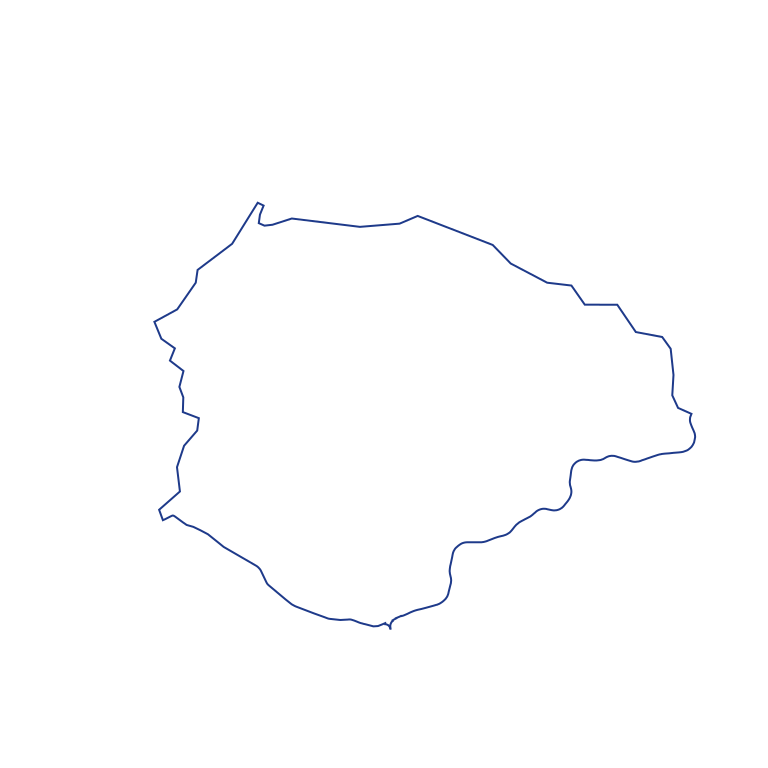 Cerro Chato, Treinta y Tres, Uruguay, rotated 237°
{"feature_id": "84410073B20203965418101", "entity_name": "Cerro Chato", "entity_type": "district", "adm_level": 2, "iso_a3": "URY", "parent_name": "Uruguay", "parent_adm1": "Treinta y Tres", "projection": "natural_earth1", "projection_center": [-55.112, -33.151], "detail": "fine", "context": "isolated", "style": "outline", "palette": "blue", "viewbox_px": 768, "rotation_deg": 237, "n_neighbors": 0, "source": "geoboundaries", "source_scale": "gbopen_adm2", "svg_char_len": 5182}
<svg xmlns="http://www.w3.org/2000/svg" viewBox="0 0 768 768"><g transform="rotate(237 384 384)"><path d="M390.2,124.4L389.8,127.0L389.1,133.7L388.9,134.9L388.2,135.8L386.8,136.5L376.7,140.3L376.1,140.6L373.3,141.7L368.0,146.3L361.4,150.3L353.9,154.5L341.2,158.7L334.7,160.8L300.6,178.1L299.6,178.4L298.8,178.7L298.0,178.8L297.0,179.0L296.0,179.1L295.0,179.1L294.0,179.0L281.9,177.4L280.8,177.3L279.9,177.3L278.7,177.5L277.6,177.8L257.0,184.1L250.4,186.3L249.3,186.7L247.1,187.9L246.5,188.2L245.9,188.6L245.0,189.2L232.4,198.4L229.8,200.3L220.7,207.2L218.1,209.1L217.3,209.8L216.4,210.8L215.6,211.8L211.2,217.2L209.9,218.8L208.8,220.7L206.8,224.2L206.1,225.4L205.5,226.6L205.0,227.3L204.6,227.8L204.1,228.3L201.8,230.2L199.4,231.9L197.8,233.0L197.3,233.4L196.6,233.9L195.8,234.6L195.1,235.3L194.0,236.2L192.9,237.3L191.6,238.5L189.4,240.5L187.2,242.5L186.7,242.9L186.6,243.1L186.4,243.3L184.4,246.9L184.2,247.4L183.7,249.9L183.2,252.4L182.8,254.8L182.4,254.6L182.0,254.5L181.8,254.3L181.4,254.8L181.0,255.2L180.5,255.5L179.9,255.9L179.6,256.1L178.3,256.4L177.6,256.5L177.3,256.5L176.8,256.4L176.1,256.2L175.7,256.0L175.5,255.9L175.2,256.2L175.3,256.3L176.0,256.6L176.6,256.9L177.2,257.2L177.8,257.6L178.3,258.0L178.9,258.6L179.3,259.1L179.6,259.6L180.1,260.4L180.3,261.1L180.5,261.8L180.5,262.3L181.1,262.4L181.0,264.6L180.8,266.6L181.1,266.6L180.4,270.3L180.2,272.1L179.8,272.3L179.2,274.3L178.5,278.4L178.1,281.7L177.6,284.4L177.3,285.8L176.9,287.3L176.3,289.2L175.0,292.7L173.7,296.6L172.1,301.6L171.0,305.1L170.3,307.5L169.9,308.6L169.8,309.5L169.6,310.3L169.5,311.5L169.5,312.5L169.5,313.9L169.6,315.1L169.8,316.4L170.0,317.5L170.1,317.8L170.2,318.5L170.6,319.5L171.0,320.5L171.4,321.4L172.0,322.2L172.6,323.1L173.2,323.8L173.9,324.5L174.7,325.3L175.9,326.6L177.1,327.9L178.6,329.5L179.7,330.7L180.4,331.5L180.9,331.9L181.5,332.4L182.0,332.8L182.6,333.3L183.5,333.8L184.3,334.2L184.9,334.5L185.8,334.8L187.7,335.5L189.1,336.0L189.8,336.4L190.5,336.7L191.4,337.2L192.2,337.8L193.1,338.5L193.8,339.1L194.5,339.7L195.3,340.4L196.4,341.6L198.4,343.6L200.7,345.9L201.7,346.9L203.1,348.2L203.9,349.0L204.5,349.6L205.1,350.3L205.5,350.9L205.9,351.4L206.2,352.1L206.6,352.8L207.0,353.6L207.3,354.5L207.5,355.4L207.6,356.2L207.9,358.2L208.0,360.0L208.0,360.8L208.0,361.6L207.9,362.5L207.7,363.5L207.4,364.5L207.0,365.6L206.5,366.6L205.9,367.7L205.2,368.7L204.5,369.8L202.6,372.7L201.3,374.7L200.0,376.8L199.0,378.3L198.5,379.1L198.1,379.7L197.7,380.6L197.3,381.4L196.8,382.8L196.4,384.1L196.2,384.9L196.0,386.0L195.6,387.9L195.2,389.8L194.8,391.8L194.5,393.2L194.1,394.7L193.7,396.2L193.1,398.0L192.5,399.7L191.9,401.3L191.6,402.5L191.3,403.6L191.1,404.7L191.0,405.9L191.0,407.1L191.0,408.5L191.3,409.9L191.7,411.4L192.4,413.5L193.3,416.1L193.6,417.3L193.9,418.3L194.0,419.6L194.2,421.1L194.3,422.1L194.2,423.8L194.1,425.2L193.9,427.2L193.8,428.6L193.6,430.3L193.4,432.5L193.2,434.6L193.3,435.8L193.4,437.2L193.7,439.0L193.9,440.9L194.1,441.8L194.2,442.7L194.2,443.8L194.1,444.9L193.9,446.2L193.5,447.6L193.1,448.7L192.4,450.0L191.7,451.0L191.0,451.9L190.0,452.8L188.5,454.3L187.0,455.8L186.3,456.6L185.7,457.3L185.2,458.0L184.8,458.8L184.2,459.9L183.8,461.1L183.5,462.2L183.3,463.3L183.3,464.6L183.2,465.4L183.4,466.4L183.5,467.4L183.8,468.4L184.0,469.1L184.5,470.5L185.3,473.1L185.9,474.8L186.6,476.4L187.2,477.6L188.0,478.8L189.0,480.2L190.0,481.2L190.9,482.0L191.9,482.7L193.0,483.3L194.2,483.8L196.3,484.5L197.4,484.8L198.2,485.1L199.1,485.6L199.9,486.0L200.6,486.4L201.4,487.0L202.4,487.9L204.1,489.4L205.6,490.7L208.0,492.7L209.6,494.1L210.4,495.0L211.0,495.7L211.7,496.5L212.2,497.4L212.8,498.5L213.2,499.7L213.5,501.0L213.7,502.1L213.8,503.2L213.7,504.5L213.6,505.7L213.3,506.8L212.9,508.1L212.3,509.4L211.5,510.7L210.4,512.1L209.1,513.9L207.9,515.3L206.1,517.7L205.2,518.9L204.5,520.0L203.9,521.0L203.4,522.0L202.7,523.4L202.2,524.6L202.0,525.6L201.7,526.7L201.6,527.8L201.5,530.2L201.4,531.2L201.2,532.1L201.1,532.8L200.8,533.7L200.4,534.6L199.9,535.7L199.1,536.8L198.5,537.7L197.7,538.5L196.8,539.3L195.4,540.4L193.3,542.2L190.0,544.8L187.2,547.1L185.3,548.7L183.9,549.9L183.3,550.5L182.7,551.2L182.1,552.0L181.6,552.8L181.2,553.7L180.8,554.5L180.3,555.5L180.0,556.5L179.7,557.7L179.5,558.9L179.1,560.3L178.6,562.2L178.2,564.1L177.5,566.8L176.8,569.7L176.0,572.7L175.4,575.0L174.8,576.9L174.3,578.0L174.0,578.9L172.7,581.5L170.5,585.5L168.6,589.3L166.1,593.9L164.9,596.3L164.2,598.0L163.7,600.1L163.3,601.8L163.2,603.3L163.4,605.4L163.8,607.6L164.7,609.8L166.1,612.2L168.4,614.5L170.1,616.1L171.8,617.0L173.5,617.7L176.6,618.3L179.9,618.8L182.4,619.3L184.9,619.9L186.4,620.5L187.8,621.4L189.3,622.6L190.2,623.8L191.5,625.6L203.8,617.6L217.5,619.6L233.9,631.7L257.4,643.6L271.9,642.9L290.4,623.5L323.4,622.8L341.2,595.6L364.5,594.8L380.1,576.0L416.0,555.9L441.4,550.9L506.6,503.8L510.0,484.4L528.9,449.4L573.0,396.8L578.3,377.2L581.9,370.0L587.1,366.6L593.6,372.2L599.2,380.2L604.8,376.8L584.3,333.0L581.2,289.8L571.5,281.3L559.2,251.2L561.2,225.3L543.2,221.9L527.8,228.0L520.2,217.2L504.1,222.9L493.0,210.8L482.1,208.4L470.0,200.0L456.2,210.1L446.7,202.0L441.1,182.7L427.0,165.1L405.0,154.3L401.0,126.9L390.2,124.4Z" fill="none" stroke="#1e3a8a" stroke-width="2"/></g></svg>